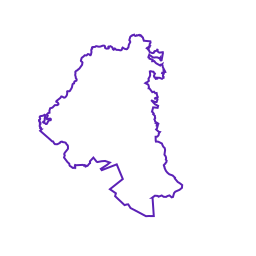 outline of Landa de Matamoros, Querétaro, Mexico, rotated 144°
{"feature_id": "50627088B98112130077485", "entity_name": "Landa de Matamoros", "entity_type": "district", "adm_level": 2, "iso_a3": "MEX", "parent_name": "Mexico", "parent_adm1": "Querétaro", "projection": "albers", "projection_center": [-99.184, 21.282], "detail": "fine", "context": "isolated", "style": "outline", "palette": "violet", "viewbox_px": 256, "rotation_deg": 144, "n_neighbors": 0, "source": "geoboundaries", "source_scale": "gbopen_adm2", "svg_char_len": 5869}
<svg xmlns="http://www.w3.org/2000/svg" viewBox="0 0 256 256"><g transform="rotate(144 128 128)"><path d="M138.1,203.4L139.6,201.9L140.2,200.2L140.9,199.0L140.9,197.6L141.6,196.8L142.0,196.6L143.7,197.1L144.3,196.9L145.4,195.8L146.3,196.1L147.1,196.0L149.4,193.9L150.8,193.1L151.9,192.8L152.8,192.2L153.9,192.2L155.2,193.3L155.6,193.4L155.9,193.2L156.5,192.1L157.9,190.7L159.3,190.0L160.8,189.7L161.9,190.1L162.7,191.9L163.4,192.7L165.1,192.1L170.0,191.9L170.5,191.6L170.6,191.3L170.0,190.2L169.9,189.5L170.1,188.4L170.5,188.0L171.8,188.1L173.8,189.5L177.1,188.9L179.4,189.7L181.4,188.2L182.5,186.5L183.9,187.0L185.6,186.7L185.9,186.4L185.6,185.5L185.6,185.2L187.5,184.1L188.1,183.6L188.4,183.0L188.3,182.7L186.5,182.0L185.3,181.2L185.2,180.5L185.6,180.0L186.0,179.8L187.3,180.5L188.0,180.5L189.2,180.1L191.1,179.1L191.7,179.2L192.1,179.5L192.2,180.4L193.1,181.8L193.3,182.4L193.3,182.7L192.9,182.9L191.7,182.7L191.2,183.0L190.6,183.5L189.9,184.6L188.1,186.2L187.6,186.8L187.5,187.3L187.8,187.8L188.9,187.7L190.2,188.2L191.7,189.0L192.6,189.1L193.2,188.5L193.4,187.4L194.3,186.5L195.1,186.3L195.4,186.6L195.5,186.5L195.9,185.7L195.7,184.6L196.0,184.6L196.1,184.4L195.8,184.0L195.8,183.7L196.7,183.2L196.5,182.7L196.9,182.5L197.2,182.7L197.6,182.1L198.3,181.6L198.5,180.8L198.4,180.4L198.7,180.2L199.1,179.6L198.5,179.2L198.8,178.8L198.9,178.2L198.5,177.7L200.7,177.4L197.6,163.7L197.4,162.5L197.2,161.8L196.5,161.1L196.8,159.0L196.6,157.9L194.9,156.5L193.5,156.2L191.8,156.0L190.8,156.4L189.8,156.0L189.4,155.8L189.3,155.2L187.6,153.5L187.1,152.7L187.3,150.5L187.0,150.1L187.2,148.7L188.7,146.6L189.3,146.3L193.4,145.2L194.6,144.7L195.1,144.1L195.2,143.1L197.1,141.7L197.0,135.9L196.5,133.7L197.2,132.3L197.3,131.5L196.7,130.1L196.5,129.1L196.0,128.5L196.1,128.2L195.5,127.7L194.4,127.5L194.3,126.7L194.1,126.7L193.8,127.4L193.4,127.8L192.9,129.0L192.5,129.2L191.9,128.4L186.2,124.7L185.8,123.9L185.5,123.8L185.6,123.5L185.1,123.4L185.1,122.9L184.8,123.1L184.3,122.7L184.7,121.7L182.9,121.2L180.3,121.9L179.3,121.9L178.4,123.4L173.4,124.4L173.2,119.2L172.7,118.4L168.8,116.6L165.9,114.8L163.0,110.7L166.7,110.5L174.0,110.9L174.0,109.3L158.5,105.2L162.2,89.8L178.6,89.1L176.2,82.3L178.5,80.4L176.1,67.6L174.0,66.9L172.7,66.1L173.0,61.8L165.3,46.1L163.1,44.7L158.9,41.6L149.1,57.2L149.4,57.4L146.0,57.4L143.8,55.5L143.7,54.5L140.4,53.6L139.6,51.4L138.6,50.6L137.5,49.8L136.2,49.8L134.1,49.1L133.4,46.2L132.1,45.8L130.9,46.8L128.9,48.3L127.1,48.7L122.7,47.7L119.5,47.9L117.7,50.0L118.6,53.0L119.5,55.1L119.8,59.7L119.2,60.1L119.8,63.4L121.8,66.3L122.4,68.8L122.5,71.1L121.9,74.1L121.4,74.8L121.5,75.1L120.9,76.9L119.6,77.2L118.8,77.2L118.2,77.6L117.1,77.8L115.9,78.9L116.0,80.2L114.8,81.3L114.2,82.9L114.2,85.0L110.9,88.4L110.1,90.2L110.4,91.8L110.4,92.4L110.2,93.7L109.7,95.5L111.5,99.0L112.4,99.9L113.4,100.6L113.0,101.5L110.8,104.7L109.3,103.8L108.8,103.9L107.6,104.2L107.1,104.5L106.4,105.4L104.6,106.0L105.3,106.7L106.1,110.3L104.9,110.6L103.1,112.0L103.5,113.0L103.1,113.3L102.0,113.0L101.8,113.4L102.0,113.9L101.6,113.6L101.0,113.6L101.1,114.3L102.3,117.0L101.6,118.9L101.5,119.6L100.5,119.8L100.1,120.1L100.0,120.7L99.1,122.0L99.5,124.4L98.7,124.6L98.7,126.6L99.0,127.1L95.5,129.9L92.2,126.9L90.6,128.2L92.2,131.3L92.9,136.9L91.2,133.6L89.6,132.2L87.4,133.7L87.2,134.3L87.7,135.3L88.8,135.7L88.7,136.2L88.1,136.2L86.2,135.3L85.7,135.5L85.4,137.1L84.3,139.5L85.5,140.1L85.6,142.1L87.3,142.7L87.4,147.4L88.0,148.0L86.9,149.0L86.2,150.8L86.2,151.4L87.6,154.1L86.4,154.1L85.2,153.7L84.0,154.0L83.4,153.9L82.5,155.8L80.4,156.7L79.0,157.7L77.1,160.9L76.2,160.6L75.3,159.4L74.4,158.7L74.3,158.2L74.6,157.7L74.2,156.2L76.3,155.0L76.6,154.5L76.6,154.0L76.8,153.4L76.4,153.0L76.6,152.2L76.4,152.0L76.6,151.4L75.4,150.8L74.9,151.6L72.9,150.0L71.6,147.8L70.2,147.9L69.7,147.7L69.1,148.5L69.3,149.3L68.7,150.2L67.1,150.9L66.8,151.4L67.3,151.2L68.2,152.3L67.8,152.6L67.4,152.3L66.8,152.2L66.5,151.9L65.4,153.7L65.4,153.3L65.7,152.7L65.0,152.0L65.4,151.6L64.9,151.4L64.0,157.0L63.4,158.0L63.3,159.0L62.7,159.5L63.7,159.5L64.1,159.9L65.2,159.6L67.1,163.6L67.4,164.9L67.4,166.6L69.1,167.8L68.0,168.8L69.9,171.5L69.6,172.4L70.0,173.1L69.7,173.5L67.7,174.8L67.7,174.2L67.1,172.8L66.5,170.7L65.4,169.6L63.9,168.8L62.6,167.7L62.2,166.8L61.8,166.5L61.6,165.5L61.0,165.7L61.4,165.2L61.8,164.0L61.7,163.4L61.5,162.9L61.5,162.3L61.4,162.7L55.7,168.1L55.3,168.9L58.3,170.5L58.8,171.5L58.9,172.7L58.1,173.9L58.3,174.2L59.4,173.7L60.0,173.9L61.2,174.5L61.9,174.4L62.0,174.0L63.1,173.7L63.9,174.0L64.5,174.6L65.8,176.6L65.7,177.5L65.4,178.1L65.6,179.6L65.2,179.7L65.9,181.5L65.1,181.6L64.9,181.1L64.3,180.5L63.5,180.7L63.5,181.1L62.9,181.1L62.9,181.6L61.9,181.6L62.0,181.9L61.7,182.5L60.9,183.3L59.6,183.8L59.0,185.0L63.9,189.3L62.8,192.5L63.0,193.6L63.2,193.8L63.1,194.3L63.3,194.5L63.0,194.9L63.3,195.8L64.3,196.1L64.3,196.8L66.2,197.4L66.4,197.9L67.6,197.9L68.4,199.0L68.2,199.9L69.1,200.2L70.1,200.6L70.7,200.3L71.7,200.6L72.6,200.4L75.3,198.3L75.3,196.9L75.8,196.1L78.2,195.0L80.4,192.9L81.4,192.8L82.1,192.4L82.8,192.5L84.0,193.8L84.7,195.2L85.0,196.2L85.5,196.1L87.0,195.0L88.0,195.0L88.6,195.4L89.9,196.9L91.3,197.9L91.6,198.4L91.8,199.8L92.0,200.2L92.5,200.4L93.3,199.7L93.7,199.8L93.9,200.8L93.5,201.5L93.4,202.8L94.1,204.5L95.3,204.8L95.8,205.3L96.1,205.3L96.3,205.1L96.5,204.0L97.0,203.8L98.7,204.8L99.4,205.9L99.4,206.4L98.9,207.1L98.6,207.9L99.0,208.8L100.2,209.5L102.4,210.1L103.2,210.5L104.0,211.1L105.3,212.6L105.8,213.0L107.1,213.0L108.8,214.2L109.5,214.4L109.9,214.2L110.1,213.5L110.4,213.2L111.3,213.2L112.1,212.4L112.9,210.9L114.7,209.3L115.5,208.9L115.9,209.2L116.1,210.2L116.4,210.8L117.1,211.4L118.6,211.1L119.1,211.2L120.3,212.3L121.9,212.0L123.9,212.0L124.5,211.8L126.6,210.1L126.7,209.5L126.3,208.4L126.3,207.8L128.0,206.1L132.6,204.6L133.7,204.7L135.0,204.4L136.0,204.7L137.4,204.5L137.8,204.2L138.1,203.4Z" fill="none" stroke="#5b21b6" stroke-width="2"/></g></svg>